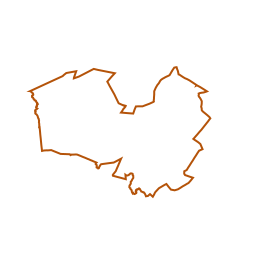 the district of Coapilla, Chiapas, Mexico, rotated 333°
{"feature_id": "50627088B26758621941112", "entity_name": "Coapilla", "entity_type": "district", "adm_level": 2, "iso_a3": "MEX", "parent_name": "Mexico", "parent_adm1": "Chiapas", "projection": "albers", "projection_center": [-93.127, 17.118], "detail": "fine", "context": "isolated", "style": "outline", "palette": "amber", "viewbox_px": 256, "rotation_deg": 333, "n_neighbors": 0, "source": "geoboundaries", "source_scale": "gbopen_adm2", "svg_char_len": 5306}
<svg xmlns="http://www.w3.org/2000/svg" viewBox="0 0 256 256"><g transform="rotate(333 128 128)"><path d="M93.3,52.1L73.3,51.3L57.5,50.7L57.8,50.9L58.0,51.4L58.2,52.1L58.4,52.3L58.6,53.1L58.7,53.4L59.0,53.8L59.0,54.3L58.8,54.8L58.8,55.0L58.7,55.4L58.5,55.5L58.3,55.6L57.7,55.7L57.2,55.6L56.9,56.0L56.8,56.4L56.6,57.0L56.8,57.1L57.0,57.7L57.2,58.0L57.1,58.7L57.0,59.2L57.6,60.1L57.6,60.8L57.4,61.0L58.3,61.9L58.0,62.8L58.5,64.1L58.4,64.5L58.2,64.4L58.0,64.9L58.4,64.8L58.5,64.9L58.5,65.7L58.3,65.7L58.1,65.7L57.8,65.9L57.4,66.0L57.0,66.4L57.1,67.0L56.9,67.2L56.6,67.4L56.2,67.3L55.9,67.5L55.6,67.6L55.4,68.0L55.6,68.8L55.8,69.2L56.0,69.5L55.6,69.6L55.3,69.8L54.9,69.8L54.6,69.7L54.1,69.9L53.7,69.9L53.4,70.0L53.0,70.5L52.8,71.1L53.0,71.3L52.8,71.4L52.5,71.9L52.6,72.2L52.4,72.4L52.0,73.0L52.2,73.6L52.7,74.4L52.9,76.6L52.6,77.4L52.6,77.5L52.6,78.1L52.4,78.8L52.6,79.4L52.2,80.4L52.1,81.1L51.2,82.5L51.0,83.4L50.6,84.5L50.4,84.7L50.0,85.7L49.3,86.8L49.7,86.9L48.3,90.5L46.8,94.2L45.4,97.9L43.1,103.7L41.0,109.4L41.7,109.6L42.0,109.6L43.2,110.0L45.9,111.2L46.3,111.5L49.5,112.8L49.7,113.0L51.5,115.1L52.3,116.0L54.2,118.2L56.2,120.5L60.7,123.0L63.2,124.4L63.6,124.6L64.1,124.9L64.5,126.1L64.9,126.1L65.0,126.1L65.3,125.9L65.9,126.2L67.3,126.9L69.5,127.9L70.5,128.5L71.0,129.0L73.1,131.4L74.0,132.5L75.2,133.9L75.7,134.4L77.7,136.8L78.0,137.2L78.6,137.8L79.2,138.5L79.3,138.7L79.8,139.3L81.0,140.7L81.4,141.1L81.6,141.4L81.8,141.7L83.1,143.2L83.5,143.6L84.2,144.5L83.8,144.6L83.6,144.7L82.8,145.3L82.8,145.5L83.0,146.1L83.1,146.3L83.3,146.9L82.1,148.9L82.2,149.1L82.9,149.3L83.1,149.6L83.0,150.4L83.2,150.5L83.4,150.6L83.9,150.5L84.3,150.1L84.4,149.9L85.8,149.0L85.8,148.9L87.3,148.1L87.9,148.2L88.0,148.2L99.1,152.1L99.5,152.3L99.9,152.3L107.9,152.2L106.9,153.0L105.2,154.5L104.6,155.0L103.2,156.1L102.6,156.7L100.1,158.7L98.1,160.4L97.5,160.9L94.6,162.2L93.9,162.5L93.1,163.0L92.9,163.7L96.0,166.5L97.0,167.4L99.5,169.6L99.8,169.9L102.8,172.6L104.5,168.5L104.7,168.9L105.0,169.5L105.7,170.0L106.3,170.1L106.8,170.2L107.2,170.2L107.7,170.0L108.1,170.1L108.7,169.9L109.1,169.7L109.4,169.6L110.1,169.8L110.7,170.3L111.0,170.5L111.3,170.9L111.2,171.4L110.8,172.1L111.0,172.9L110.9,173.1L110.6,173.7L110.2,174.6L109.9,175.0L109.1,175.4L108.7,175.6L108.1,176.0L107.7,176.4L107.2,176.6L106.8,177.0L106.0,177.2L105.2,178.9L104.8,179.1L104.2,179.4L103.8,179.8L103.3,179.9L102.7,180.7L102.3,181.4L102.5,182.4L102.8,182.8L102.5,183.6L102.8,184.4L103.0,184.9L102.8,185.8L102.5,186.4L102.4,187.0L102.5,188.5L103.1,188.3L103.1,188.7L103.1,189.0L103.4,189.1L103.8,189.8L104.1,189.9L104.8,189.7L105.4,189.7L105.7,189.8L106.1,189.5L106.1,189.0L106.4,188.6L106.1,188.1L106.4,187.8L106.7,187.1L107.3,186.8L107.8,186.9L107.9,187.0L108.2,186.7L108.5,186.7L108.8,187.1L109.6,187.2L110.0,186.9L110.4,186.8L110.5,187.1L110.9,187.7L110.8,188.6L110.9,189.0L111.0,190.1L111.0,190.7L111.7,191.3L112.0,191.8L112.7,192.8L112.9,192.7L113.2,193.8L113.2,194.5L113.2,195.6L113.1,196.2L113.0,197.0L114.9,197.6L116.7,197.1L117.6,196.9L118.9,200.5L121.1,199.1L122.3,198.1L123.9,197.2L124.5,197.1L125.2,196.8L128.2,195.7L134.6,195.3L136.8,195.3L137.5,199.0L138.3,202.4L141.3,204.7L144.6,205.3L147.5,205.1L150.2,204.8L153.0,204.7L155.4,204.5L156.9,204.5L160.0,203.3L163.3,201.8L161.8,200.3L160.4,198.9L158.9,197.3L157.5,195.9L157.5,195.5L157.3,194.3L157.5,193.9L158.5,192.1L161.2,192.1L163.6,190.6L166.1,189.2L168.6,187.7L171.1,186.3L173.5,184.8L176.0,183.4L178.5,181.9L181.0,180.5L182.9,180.6L184.8,180.7L185.2,175.1L184.2,172.8L183.9,172.2L182.9,170.4L181.8,168.5L181.6,168.0L181.3,167.4L182.2,167.1L184.1,166.3L186.9,165.2L189.7,164.0L192.6,162.9L195.2,161.7L196.9,160.9L198.7,160.1L200.4,159.3L202.2,158.5L203.9,157.6L205.7,156.8L205.5,155.1L205.2,154.4L204.5,152.6L203.2,149.6L202.3,147.6L201.8,145.9L201.8,145.7L202.5,144.0L202.6,143.9L202.8,142.3L203.4,141.6L204.3,140.4L204.6,140.0L205.1,139.1L205.9,137.6L205.9,135.0L205.8,134.4L205.8,133.8L205.8,133.5L205.5,132.8L205.5,131.8L205.5,131.3L206.4,130.2L206.6,129.4L207.9,129.5L209.6,130.0L211.5,130.7L214.0,131.1L215.0,131.2L213.0,127.8L210.7,124.0L208.7,121.2L208.2,121.2L208.6,120.9L204.4,113.5L202.8,111.2L201.4,109.6L200.2,107.7L198.8,105.2L198.1,103.9L197.4,103.2L197.6,102.6L197.8,101.5L198.0,101.2L198.4,99.4L198.5,97.8L198.6,97.4L198.9,95.9L198.7,95.8L198.4,95.7L198.2,95.6L196.6,95.2L193.2,97.1L192.9,97.4L192.4,97.6L191.7,98.1L189.0,99.8L188.0,99.8L186.7,99.8L185.9,99.7L183.9,99.7L182.5,99.8L181.5,99.8L179.8,100.0L179.3,100.1L177.7,100.8L176.9,101.4L176.5,101.7L175.6,102.2L175.1,102.4L174.7,102.6L173.7,103.0L172.8,103.6L172.0,104.1L171.8,104.2L170.8,104.9L168.1,107.1L167.5,108.2L167.1,109.0L166.9,109.4L166.6,109.9L166.6,110.0L165.5,111.8L165.0,112.6L164.2,114.1L163.5,114.9L163.2,116.0L162.9,116.2L162.7,116.3L158.0,116.1L154.5,115.7L150.8,115.3L146.9,113.3L144.8,112.4L144.6,112.6L143.6,113.4L142.2,114.6L139.2,117.5L134.6,114.7L128.8,111.1L130.9,110.0L132.2,109.1L132.8,108.8L133.1,108.8L133.3,108.7L133.5,108.6L134.5,108.2L135.4,107.7L135.5,107.7L136.0,107.2L133.9,105.3L133.9,105.5L130.9,101.7L131.0,95.7L131.1,92.0L130.8,84.3L130.7,81.8L130.7,79.5L130.6,77.3L136.0,75.1L137.8,74.4L141.1,73.2L127.6,62.6L124.3,59.8L107.6,59.9L103.2,59.3L102.3,59.2L102.7,58.6L107.3,54.2L107.6,53.9L98.0,51.0L95.0,51.6L93.3,52.1Z" fill="none" stroke="#b45309" stroke-width="2"/></g></svg>